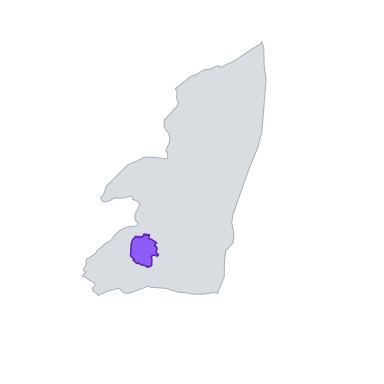 Belleh, Gbapolu, Liberia shown in context, rotated 239°
{"feature_id": "62588387B94232483093280", "entity_name": "Belleh", "entity_type": "district", "adm_level": 2, "iso_a3": "LBR", "parent_name": "Liberia", "parent_adm1": "Gbapolu", "projection": "equal_earth", "projection_center": [-9.866, 7.529], "detail": "fine", "context": "in_parent", "style": "filled", "palette": "violet", "viewbox_px": 384, "rotation_deg": 239, "n_neighbors": 0, "source": "geoboundaries", "source_scale": "gbopen_adm2", "svg_char_len": 4335}
<svg xmlns="http://www.w3.org/2000/svg" viewBox="0 0 384 384"><g transform="rotate(239 192 192)"><path d="M92.1,161.6L94.7,158.7L98.5,149.3L103.8,140.3L108.7,134.9L112.6,129.4L116.8,125.2L122.7,120.3L131.8,107.3L133.9,105.8L135.4,96.8L137.7,85.4L140.3,81.9L146.5,79.8L147.9,77.8L150.1,69.7L151.5,60.4L151.6,58.3L154.1,58.1L158.2,56.1L160.6,57.0L161.7,59.7L162.3,62.0L174.9,56.1L176.0,54.9L176.6,55.1L178.2,60.4L179.1,60.1L179.9,58.5L180.7,58.4L181.7,59.1L182.7,61.6L184.3,63.8L187.0,65.3L188.8,67.4L188.6,73.1L189.2,78.5L190.4,79.8L191.1,83.1L191.4,86.7L192.0,88.5L192.5,92.2L192.3,96.0L192.7,98.8L194.8,103.5L196.0,109.4L196.0,113.6L195.3,118.1L194.0,122.1L191.6,126.5L191.4,128.3L192.8,129.4L194.9,129.6L196.7,128.7L201.2,130.8L203.5,133.7L205.6,137.3L207.4,139.1L208.3,141.3L211.4,140.7L215.1,138.5L215.9,137.5L217.0,138.1L219.3,138.3L221.0,134.4L222.3,129.8L225.2,124.9L226.6,123.0L226.9,119.9L227.1,115.9L228.1,112.4L230.5,110.4L233.0,110.5L234.4,111.2L235.1,114.6L237.2,117.2L238.9,118.9L239.8,119.7L241.3,121.7L242.7,128.5L248.2,150.6L247.9,156.7L246.8,160.7L246.8,164.6L246.4,168.5L243.1,174.8L233.3,187.7L234.0,188.8L236.4,190.3L238.8,191.1L240.8,190.7L243.2,193.9L245.9,198.0L248.7,200.1L252.7,201.9L256.3,202.1L259.3,201.4L263.5,202.2L268.1,205.6L269.7,211.1L270.8,216.0L272.3,218.4L272.6,222.6L275.8,226.3L280.4,227.0L286.3,231.3L287.8,231.1L288.5,230.6L289.2,231.4L290.7,243.8L291.9,250.4L291.3,253.1L290.5,255.2L290.5,265.2L287.8,271.0L287.4,277.4L286.6,279.4L283.7,281.2L283.7,286.1L282.9,292.0L282.7,298.2L283.5,314.6L283.6,326.8L284.9,329.1L279.3,328.1L262.9,318.8L250.2,313.4L207.6,282.9L195.8,270.7L182.2,252.5L151.9,215.9L145.0,210.0L136.3,207.2L130.9,204.0L127.2,200.7L124.1,190.5L116.5,184.5L102.6,175.9L92.1,161.6Z" fill="#d9dde1" stroke="#a8b0b8" stroke-width="1"/><path d="M183.0,120.6L182.8,120.1L182.3,118.8L182.1,118.2L182.0,117.7L181.7,116.8L181.6,116.5L181.3,116.1L180.8,115.4L180.5,114.8L179.6,114.0L178.9,113.5L178.1,112.8L178.0,112.6L177.9,112.5L177.3,112.0L176.9,111.9L176.7,111.9L176.3,111.5L176.2,111.4L175.7,111.0L173.9,109.8L173.3,109.3L173.1,109.3L171.7,108.8L171.7,108.7L170.1,107.1L169.4,106.7L169.1,106.6L168.5,106.5L167.9,106.5L167.7,106.5L167.2,106.7L166.4,107.1L166.1,107.3L165.8,107.5L165.7,107.5L164.9,107.5L164.3,107.5L164.2,107.5L164.2,107.4L164.1,107.0L164.0,106.6L163.5,106.6L163.4,106.6L163.2,106.6L163.2,106.9L163.1,107.2L162.8,107.2L161.0,107.2L160.8,107.2L160.7,107.2L159.2,108.1L159.2,108.7L158.6,108.7L158.8,109.3L158.3,109.8L157.4,110.3L156.2,110.5L155.4,111.1L155.0,111.9L154.9,112.1L154.7,112.5L153.4,113.2L151.9,115.0L151.4,115.5L151.0,114.7L150.8,114.9L150.6,115.2L149.9,116.5L149.9,117.4L149.8,117.5L149.9,119.4L150.6,120.3L151.8,120.6L153.4,122.1L155.1,122.9L156.4,123.5L157.5,123.3L157.3,123.9L157.5,124.4L158.2,124.9L157.5,126.9L155.5,128.8L154.8,129.5L155.4,130.2L155.4,130.7L155.7,130.6L155.9,130.4L156.5,130.4L157.3,130.4L157.2,130.6L158.0,130.3L159.0,130.1L159.3,130.2L160.1,131.0L160.2,131.4L160.3,131.8L160.8,131.8L161.0,132.3L161.1,132.7L161.5,132.9L161.9,133.0L162.8,133.3L163.9,133.0L164.4,133.0L164.9,132.2L165.6,132.8L165.8,133.0L166.1,133.0L166.4,133.9L166.5,134.1L166.5,134.4L166.5,135.3L166.8,135.2L168.8,134.6L169.4,134.2L169.9,133.8L170.4,133.4L171.1,133.4L172.1,132.9L172.6,132.7L173.3,131.6L174.0,131.0L174.6,131.2L176.2,132.4L177.1,133.4L177.2,133.2L177.4,132.9L177.6,132.6L177.7,132.4L178.0,132.2L178.3,132.2L178.3,131.9L178.2,131.8L177.9,131.8L178.0,131.7L178.3,131.7L178.5,131.7L178.6,131.4L178.6,131.2L178.7,131.3L178.8,131.4L178.7,131.5L178.9,131.6L179.0,131.5L179.0,131.3L178.9,131.2L179.0,131.0L179.0,130.9L179.0,130.7L178.8,130.6L178.8,130.3L178.8,130.2L179.3,130.0L179.7,130.1L179.9,129.6L180.1,129.7L180.3,129.8L180.6,129.4L180.4,129.3L180.3,129.2L180.0,129.1L179.9,128.6L180.1,128.6L180.2,128.4L179.9,128.1L179.5,127.9L179.6,127.7L179.5,126.9L179.0,126.5L179.1,126.4L179.3,126.3L179.2,126.0L179.2,125.8L179.3,125.8L179.5,125.7L179.6,125.3L179.6,125.2L179.8,125.2L180.1,125.0L180.2,124.9L180.4,124.7L180.6,124.5L180.5,124.4L180.4,124.3L180.4,124.2L180.4,123.9L180.2,123.7L180.3,123.6L180.7,123.3L180.7,123.2L180.6,122.9L180.7,122.7L181.1,122.5L181.2,122.4L181.5,122.2L181.9,122.5L182.0,122.5L182.0,122.4L182.0,121.9L182.1,121.7L182.4,121.5L182.4,121.2L182.5,121.1L183.0,120.6Z" fill="#8b5cf6" stroke="#5b21b6" stroke-width="1.5"/></g></svg>